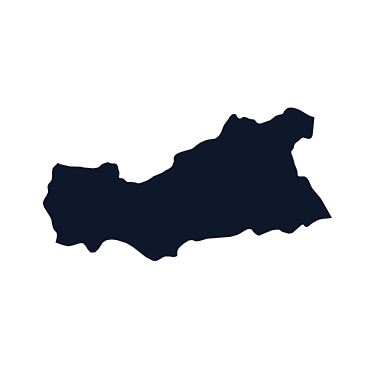 Zamora Chinchipe, Albers equal-area conic projection, rotated 60°
{"feature_id": "ECU-1269", "entity_name": "Zamora Chinchipe", "entity_type": "Province", "adm_level": 1, "iso_a3": "ECU", "parent_name": "Ecuador", "parent_adm1": "", "projection": "albers", "projection_center": [-78.963, -4.167], "detail": "fine", "context": "isolated", "style": "filled", "palette": "ink", "viewbox_px": 384, "rotation_deg": 60, "n_neighbors": 0, "source": "natural_earth", "source_scale": "10m", "svg_char_len": 3057}
<svg xmlns="http://www.w3.org/2000/svg" viewBox="0 0 384 384"><g transform="rotate(60 192 192)"><path d="M283.3,84.5L283.0,85.2L279.9,92.0L278.8,95.4L278.4,98.7L278.5,104.8L279.2,108.2L279.1,109.9L277.8,110.8L275.6,111.2L274.8,111.5L274.7,112.3L274.7,114.5L276.9,125.4L275.9,128.6L271.7,132.6L270.4,133.5L268.3,134.4L267.3,135.2L265.6,138.5L264.4,141.7L262.7,154.2L262.7,155.3L262.0,156.0L259.7,157.3L257.5,158.0L255.5,158.2L253.6,158.6L251.9,160.4L251.1,163.2L251.2,173.2L249.4,180.7L239.2,202.2L237.5,209.6L236.1,212.9L233.0,215.4L231.6,219.0L231.8,225.3L233.2,231.6L235.2,234.8L239.2,237.2L238.7,239.9L236.1,243.1L233.7,247.1L233.3,250.2L233.4,253.5L233.2,256.8L231.7,259.5L227.1,262.5L225.3,263.7L209.9,269.9L202.9,273.8L195.2,280.9L192.1,285.3L190.2,289.9L190.3,294.5L194.1,302.1L195.0,306.1L193.2,309.5L189.3,310.3L184.9,310.4L181.5,311.2L179.7,314.0L177.8,322.2L176.6,325.8L172.3,330.4L167.5,334.4L164.3,331.3L162.5,330.0L160.7,329.1L159.0,328.9L156.2,329.6L154.5,329.7L151.6,329.0L146.0,327.0L143.0,326.6L138.9,326.7L131.1,327.0L127.2,326.0L124.9,323.1L123.1,319.6L120.9,316.4L119.4,315.4L116.1,314.1L114.7,313.1L113.8,311.6L112.7,308.3L111.8,306.8L108.8,304.6L105.4,302.8L102.5,300.5L101.3,296.9L100.7,293.8L102.3,293.1L109.5,285.3L115.1,276.2L117.3,273.9L122.5,266.4L123.5,264.3L124.3,262.1L124.6,260.3L123.9,257.2L123.7,255.4L124.7,250.4L127.2,248.4L128.2,247.1L129.2,245.2L130.4,244.2L131.6,244.0L133.4,244.4L135.4,245.2L137.6,245.5L139.0,246.1L140.8,247.4L142.2,248.6L143.7,248.7L144.8,247.7L145.6,246.2L146.6,245.4L148.0,244.9L149.5,244.6L150.9,244.0L151.9,243.0L153.3,240.5L155.8,237.0L157.8,235.2L158.6,234.0L159.1,232.6L160.1,227.2L160.4,223.7L160.2,219.5L159.9,217.6L161.2,208.1L160.8,203.6L161.1,201.5L160.9,198.6L160.7,197.2L160.3,195.9L158.4,193.6L157.9,192.8L157.2,192.0L156.4,191.4L154.7,190.7L154.1,190.3L153.5,189.9L153.0,189.3L152.6,188.4L152.2,187.2L152.2,184.7L152.7,181.2L155.1,171.7L155.3,169.2L154.5,164.2L154.2,160.3L154.7,154.9L155.7,151.2L157.3,147.6L158.0,145.7L158.1,144.1L157.7,141.3L157.2,139.7L155.3,136.3L152.1,132.4L150.4,129.9L148.0,124.3L146.4,121.4L146.0,120.0L145.6,118.5L145.9,117.3L146.4,116.4L147.2,116.0L148.1,115.9L149.1,116.0L150.8,115.9L151.7,115.5L152.5,114.9L153.3,113.9L153.4,112.9L153.3,110.4L154.0,109.3L156.3,107.2L157.6,106.6L161.0,102.4L163.9,102.0L165.0,101.6L166.2,101.0L167.2,99.6L167.9,98.0L169.7,88.3L168.8,82.3L168.9,80.3L169.3,78.4L170.4,75.2L170.3,73.8L169.8,72.7L169.0,71.8L168.1,69.2L167.9,67.9L168.1,66.4L168.9,64.7L170.4,62.5L172.7,60.3L175.6,58.1L185.1,52.8L188.5,49.6L202.4,59.5L203.5,60.8L204.1,62.0L204.1,63.1L203.6,64.1L202.9,65.0L201.0,66.7L200.2,67.6L199.5,68.8L199.3,69.8L199.5,71.0L200.1,73.3L200.4,76.3L200.7,77.9L201.1,79.0L201.7,80.1L202.6,81.1L204.0,82.3L204.7,83.3L205.1,84.3L205.3,85.5L206.3,86.5L208.1,87.4L212.8,88.1L219.7,90.0L225.5,90.8L227.2,91.4L230.2,92.8L231.3,92.9L232.4,92.1L233.2,91.1L234.9,87.9L235.5,87.2L236.3,86.6L237.9,86.1L239.9,85.9L246.4,86.6L249.8,86.6L262.2,84.4L283.1,84.5L283.3,84.5Z" fill="#0f172a" stroke="#020617" stroke-width="1.5"/></g></svg>